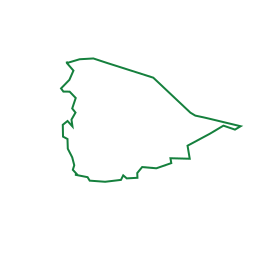 Bullitt, Kentucky, United States of America (Mercator projection), rotated 37°
{"feature_id": "52423323B29669005375305", "entity_name": "Bullitt", "entity_type": "district", "adm_level": 2, "iso_a3": "USA", "parent_name": "United States of America", "parent_adm1": "Kentucky", "projection": "mercator", "projection_center": [-85.706, 37.962], "detail": "fine", "context": "isolated", "style": "outline", "palette": "green", "viewbox_px": 256, "rotation_deg": 37, "n_neighbors": 0, "source": "geoboundaries", "source_scale": "gbopen_adm2", "svg_char_len": 774}
<svg xmlns="http://www.w3.org/2000/svg" viewBox="0 0 256 256"><g transform="rotate(37 128 128)"><path d="M216.9,58.8L186.5,72.0L181.8,74.1L174.3,77.6L168.6,78.2L151.3,76.3L122.5,73.1L117.9,72.6L90.8,82.1L81.4,85.4L72.6,88.5L58.5,93.3L48.0,102.2L40.4,112.5L39.1,111.9L40.1,112.9L49.9,115.0L52.2,124.8L50.7,136.7L54.5,137.8L59.5,134.1L68.2,135.5L71.7,146.0L76.8,147.3L77.8,155.3L82.7,160.2L75.5,158.8L74.0,164.7L81.3,174.0L86.3,173.2L92.4,180.8L101.1,185.0L107.5,190.1L109.1,194.6L115.2,195.7L113.8,197.2L125.3,191.6L129.1,193.1L142.1,184.7L153.6,173.7L152.7,168.7L157.3,169.0L165.5,162.1L162.5,158.4L162.8,150.7L174.9,143.1L183.7,130.0L180.1,126.6L195.8,115.4L186.2,106.3L196.7,83.6L202.8,68.7L214.4,64.9L216.9,58.8Z" fill="none" stroke="#15803d" stroke-width="2"/></g></svg>